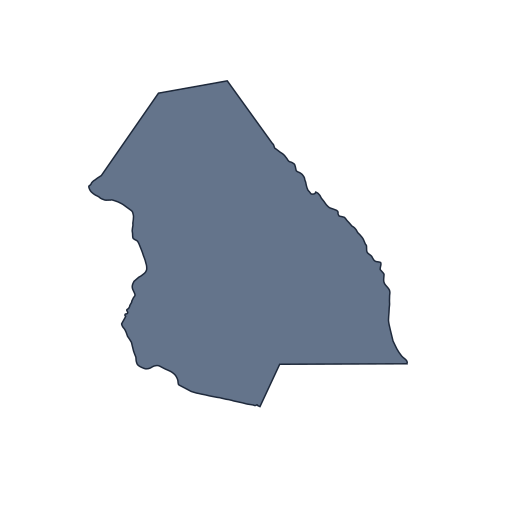 Soledad, El Paraíso, Honduras, rotated 23°
{"feature_id": "27666195B67097486402294", "entity_name": "Soledad", "entity_type": "district", "adm_level": 2, "iso_a3": "HND", "parent_name": "Honduras", "parent_adm1": "El Paraíso", "projection": "mercator", "projection_center": [-87.146, 13.616], "detail": "fine", "context": "isolated", "style": "filled", "palette": "slate", "viewbox_px": 512, "rotation_deg": 23, "n_neighbors": 0, "source": "geoboundaries", "source_scale": "gbopen_adm2", "svg_char_len": 6073}
<svg xmlns="http://www.w3.org/2000/svg" viewBox="0 0 512 512"><g transform="rotate(23 256 256)"><path d="M315.8,393.0L318.5,393.1L320.1,346.4L437.1,296.2L436.9,295.9L436.9,295.3L436.8,294.9L436.2,294.1L435.8,293.7L435.0,293.2L433.8,292.7L432.5,292.3L431.0,291.9L430.2,291.6L429.0,291.1L427.7,290.3L425.3,288.9L423.5,287.6L422.1,286.6L419.2,284.1L415.8,281.1L415.2,280.6L414.6,279.7L412.5,276.9L408.7,271.8L405.3,267.1L404.0,265.1L403.6,264.4L403.2,263.7L402.9,263.0L401.7,259.7L400.5,256.1L398.9,251.7L398.1,249.0L397.7,247.9L397.2,246.9L396.2,244.7L395.5,242.9L394.4,240.1L393.8,238.1L393.5,237.3L393.0,236.4L392.5,235.7L392.2,235.3L391.8,235.0L390.7,234.2L389.2,233.4L386.9,232.3L385.8,231.7L384.9,231.0L384.2,230.3L383.5,229.4L383.2,228.8L382.8,228.0L382.4,226.9L381.2,223.3L380.9,222.7L380.5,222.4L379.7,221.9L375.9,220.1L375.6,219.9L375.3,219.2L375.0,218.2L374.6,216.2L374.4,215.2L374.1,214.6L373.9,214.1L373.7,213.7L373.3,213.4L373.2,213.3L372.5,213.3L371.0,213.6L369.1,214.1L368.5,214.2L367.9,214.2L367.3,214.1L366.5,213.9L365.5,213.3L364.1,212.3L362.9,211.3L362.4,211.0L361.9,210.8L360.9,210.5L358.5,209.9L357.9,209.7L357.5,209.5L357.1,209.3L356.7,208.9L356.3,208.6L356.0,208.1L355.6,207.5L355.2,206.6L354.2,204.4L353.8,203.6L353.4,203.1L353.0,202.8L352.3,202.5L351.9,202.2L348.5,198.9L347.5,198.1L346.2,197.3L343.6,196.0L342.8,195.6L341.3,195.1L340.4,194.6L339.6,194.1L338.8,193.4L338.3,193.0L337.5,192.5L336.7,192.1L335.7,191.6L335.0,191.4L334.3,191.2L333.3,191.1L332.5,190.9L329.7,189.5L325.7,187.7L323.9,186.6L322.6,186.0L322.2,185.9L321.8,185.9L319.2,186.3L317.4,186.7L317.0,186.7L316.8,186.6L315.9,186.0L315.5,185.6L315.2,185.3L314.8,184.7L314.5,183.8L314.2,183.4L313.8,183.0L313.0,182.7L312.4,182.5L311.6,182.5L308.6,182.6L305.9,182.8L304.9,182.8L304.3,182.7L303.5,182.5L302.2,182.0L300.8,181.4L300.1,181.0L299.1,180.4L297.2,179.2L293.5,177.2L291.2,175.3L289.5,174.5L288.9,174.2L288.2,174.0L287.3,173.9L286.3,173.8L286.0,173.8L285.9,175.1L285.9,175.4L285.7,175.7L285.1,176.2L284.7,176.5L284.0,176.9L283.2,177.2L282.5,177.3L282.2,177.2L281.8,177.0L280.2,176.1L278.3,175.2L278.0,175.0L277.6,174.6L276.3,173.3L275.4,172.2L274.5,171.0L273.6,169.7L273.0,168.8L272.5,168.2L271.6,167.3L271.1,166.7L270.1,165.2L269.7,164.9L269.2,164.4L268.1,163.7L267.4,163.3L266.7,162.9L265.7,162.6L264.8,162.4L263.7,162.2L262.3,162.2L261.4,162.2L260.3,162.0L260.0,161.9L259.6,161.6L259.1,161.0L257.3,158.4L256.7,157.7L255.9,156.8L255.6,156.6L255.3,156.4L254.0,156.1L252.6,155.9L251.5,155.9L250.1,156.1L249.6,156.0L249.1,155.9L248.4,155.6L248.1,155.5L247.6,155.1L246.3,154.2L244.3,153.1L243.1,152.4L241.6,151.8L240.9,151.6L240.1,151.4L237.7,151.0L232.3,149.6L231.4,149.5L231.1,149.4L230.3,148.6L229.0,147.1L228.6,146.7L228.1,146.4L227.2,146.0L226.4,145.6L161.1,106.0L102.6,144.2L82.2,242.4L79.6,246.2L78.0,249.0L77.1,250.3L76.8,251.0L76.4,251.9L76.1,252.9L76.0,254.5L75.9,255.0L75.6,255.6L75.1,256.3L75.0,256.7L74.9,257.0L75.0,257.5L75.3,258.0L75.7,258.5L76.3,259.2L77.1,259.9L77.8,260.5L78.5,260.9L79.0,261.2L79.7,261.5L81.6,262.1L82.8,262.4L84.5,262.7L86.9,262.8L88.4,263.0L89.0,263.2L90.0,263.5L90.5,263.6L91.9,263.7L93.7,263.6L94.6,263.6L95.1,263.5L95.6,263.4L96.4,263.1L99.2,261.8L100.2,261.4L101.0,260.8L101.3,260.7L102.5,260.5L104.8,260.3L106.6,260.2L108.1,260.1L109.4,260.2L111.2,260.3L112.2,260.4L113.7,260.6L117.5,261.5L121.9,262.5L123.9,263.0L124.2,263.2L124.6,263.4L125.3,263.9L126.1,264.9L127.2,266.4L127.6,267.1L127.9,267.7L128.1,268.3L128.9,270.6L129.8,273.9L130.1,274.5L130.6,275.5L130.8,276.1L131.4,278.7L132.1,281.0L132.4,281.6L133.4,283.2L133.8,284.0L134.7,285.9L135.1,286.6L135.4,287.1L135.7,287.5L136.0,287.7L136.3,287.9L136.8,288.0L137.6,288.2L140.1,288.4L140.6,288.5L140.9,288.6L141.4,288.8L141.9,289.2L143.3,290.3L147.8,294.8L150.2,297.3L152.1,299.5L154.2,301.7L155.5,303.1L157.5,305.7L158.5,306.9L159.1,307.8L159.7,308.9L160.2,310.0L160.5,310.7L160.7,311.5L160.7,312.3L160.7,313.1L160.6,313.9L160.2,315.2L159.7,316.2L158.3,318.7L157.6,319.8L156.6,321.0L156.3,321.5L153.8,326.6L153.6,326.9L153.6,327.3L153.5,328.9L153.5,330.1L153.7,331.5L154.0,332.5L154.4,333.3L155.0,334.2L155.6,334.9L158.4,337.4L159.2,338.2L159.7,338.9L159.9,339.2L160.0,339.5L160.0,340.1L159.9,340.7L159.5,342.1L159.3,345.6L159.3,346.2L159.6,347.0L159.6,347.4L159.2,350.6L159.2,350.8L159.3,351.4L159.4,351.8L159.4,352.5L159.3,353.1L159.3,353.6L159.1,354.1L158.7,354.9L158.3,355.5L158.2,355.8L158.1,356.0L158.2,356.3L158.3,356.6L158.5,356.8L159.0,357.1L159.4,357.4L160.0,358.1L160.1,358.5L160.0,359.1L159.8,359.5L159.6,359.7L159.4,359.9L158.9,360.1L158.7,360.3L158.4,360.6L158.3,360.9L158.4,361.5L158.6,361.9L158.9,362.1L159.3,362.2L159.4,362.3L159.6,362.5L159.6,362.8L159.6,363.6L159.4,365.3L158.8,370.8L158.9,371.1L159.4,371.8L160.1,372.5L160.8,373.1L161.5,373.6L162.5,374.1L163.1,374.4L164.4,375.3L165.3,376.1L166.4,377.1L167.4,378.2L168.5,379.4L169.1,380.1L171.8,381.8L174.9,384.0L175.5,384.7L177.4,387.3L180.4,391.3L182.8,393.9L184.3,395.4L184.9,396.0L185.2,396.5L185.8,397.7L186.3,398.7L187.2,400.1L188.1,401.1L188.5,401.6L188.9,401.9L189.3,402.2L189.9,402.5L190.8,402.8L192.5,403.1L194.1,403.2L196.4,403.2L198.0,403.1L198.4,403.0L199.0,402.8L199.7,402.4L200.7,401.9L201.3,401.4L201.9,400.9L202.4,400.5L203.1,399.6L204.0,398.4L204.5,397.8L205.3,397.0L206.2,396.4L207.1,395.8L207.7,395.5L208.2,395.3L209.0,395.1L209.7,395.0L210.3,395.0L216.6,395.5L219.2,395.5L222.4,395.6L223.8,395.8L225.5,396.2L227.1,396.7L228.2,397.2L229.5,398.0L230.6,398.9L231.5,399.7L232.5,400.8L233.0,401.6L233.7,402.9L234.2,403.7L234.7,404.4L235.0,404.6L235.5,404.8L236.4,404.9L238.9,405.1L246.0,405.7L249.2,406.0L250.3,405.9L254.8,405.4L257.1,404.9L259.5,404.5L263.7,403.6L268.1,402.9L268.9,402.7L269.9,402.5L275.9,401.2L277.9,400.6L280.6,400.2L284.1,399.6L285.4,399.3L286.8,398.9L290.3,398.3L291.7,398.2L292.3,398.1L295.9,397.4L298.5,396.9L301.2,396.4L304.8,395.9L306.3,395.6L310.5,394.5L311.8,394.2L313.0,394.2L313.4,394.1L313.8,393.9L314.1,393.7L314.4,393.3L314.7,392.8L314.9,392.7L315.1,392.6L315.3,392.6L315.5,392.6L315.6,392.8L315.8,393.0Z" fill="#64748b" stroke="#1e293b" stroke-width="1.5"/></g></svg>